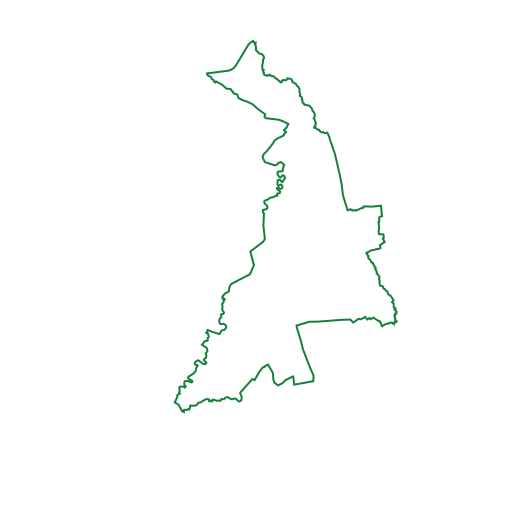 the district of Chaloem Phra Kiat, Nakhon Si Thammarat, Thailand, rotated 38°
{"feature_id": "78962969B27517873641345", "entity_name": "Chaloem Phra Kiat", "entity_type": "district", "adm_level": 2, "iso_a3": "THA", "parent_name": "Thailand", "parent_adm1": "Nakhon Si Thammarat", "projection": "albers", "projection_center": [100.025, 8.16], "detail": "fine", "context": "isolated", "style": "outline", "palette": "green", "viewbox_px": 512, "rotation_deg": 38, "n_neighbors": 0, "source": "geoboundaries", "source_scale": "gbopen_adm2", "svg_char_len": 6134}
<svg xmlns="http://www.w3.org/2000/svg" viewBox="0 0 512 512"><g transform="rotate(38 256 256)"><path d="M293.5,423.9L295.2,423.3L294.0,422.3L294.1,421.3L296.3,420.0L296.7,418.5L297.8,418.3L297.5,416.2L296.3,414.8L296.4,414.2L300.2,411.5L300.9,409.9L301.0,406.9L302.6,405.2L304.0,401.2L305.3,399.0L307.5,397.9L308.3,399.2L308.8,399.2L309.6,398.1L310.8,397.8L310.2,395.9L311.1,395.8L311.7,395.0L314.2,394.3L315.3,393.0L317.0,392.2L317.2,391.8L316.8,390.1L318.8,388.7L319.1,386.5L320.1,385.0L321.6,384.4L324.4,384.2L325.4,383.6L327.0,381.3L327.9,380.9L331.4,381.2L332.3,381.0L333.0,380.0L333.1,378.3L331.9,376.5L330.9,375.4L328.2,374.0L327.7,373.3L328.9,355.2L331.3,354.7L330.0,345.5L329.9,339.4L330.9,338.6L330.9,337.4L332.3,334.2L340.0,337.2L341.6,338.1L345.8,342.7L348.4,344.5L353.1,344.4L355.3,339.4L355.6,335.9L359.1,328.3L359.5,328.0L365.3,333.9L378.2,319.4L375.1,314.9L365.8,309.8L350.1,300.4L344.7,296.0L332.3,287.3L330.8,285.8L338.6,274.9L345.1,269.7L363.5,252.9L369.6,248.0L373.6,248.6L375.4,242.6L377.8,241.1L379.5,236.8L382.8,237.5L383.7,234.9L385.1,235.3L386.6,232.3L392.4,231.8L393.5,231.1L394.4,231.7L395.9,232.0L397.4,233.4L398.8,233.6L398.9,232.5L400.4,229.3L401.4,228.4L401.5,227.8L402.1,227.7L402.9,226.2L402.8,225.7L404.2,224.9L405.1,225.0L405.3,224.3L406.4,224.6L405.8,223.7L406.2,222.5L407.0,222.3L407.0,220.9L405.6,221.3L405.3,220.4L404.0,219.9L403.5,218.8L402.2,218.2L402.1,217.5L401.5,217.1L402.1,216.1L401.2,215.5L401.8,214.5L401.1,213.3L398.0,212.9L398.0,212.4L398.5,211.9L398.3,211.3L396.1,211.6L394.0,208.9L391.6,208.6L391.4,208.1L392.0,206.8L391.7,206.3L386.9,204.5L383.5,204.7L381.7,203.2L379.4,203.2L377.9,202.7L376.2,203.1L374.6,201.8L372.1,202.9L369.4,200.9L368.9,199.4L367.1,198.5L366.5,196.7L363.8,195.6L361.8,195.5L361.1,194.3L359.4,193.3L358.3,193.2L357.7,191.7L356.3,191.8L355.2,190.6L354.1,190.7L352.4,189.3L351.3,190.0L347.8,188.6L346.4,188.7L345.3,188.0L344.8,186.9L343.9,187.0L343.1,186.3L341.4,186.0L341.1,185.0L341.9,184.3L343.2,180.7L344.8,179.2L347.1,175.8L347.9,175.6L349.2,173.0L347.0,171.1L348.8,165.8L345.2,164.2L345.6,163.1L343.1,160.6L339.5,163.0L337.7,161.5L335.9,158.2L331.6,153.7L332.0,153.3L329.4,149.8L329.6,148.6L330.8,147.0L323.5,139.5L317.0,145.7L310.8,150.2L310.2,151.0L310.9,151.8L309.3,153.9L306.9,158.7L306.0,158.6L304.0,160.9L302.9,160.5L302.3,161.2L301.6,161.1L300.1,163.6L288.8,155.8L285.7,153.2L279.6,147.0L271.7,140.2L255.1,126.8L241.9,118.3L241.0,117.4L236.5,115.0L235.8,115.2L234.6,116.9L232.5,117.0L231.9,118.1L230.0,118.4L228.0,117.7L226.7,118.4L224.1,118.4L222.8,119.1L222.3,118.2L222.6,116.7L222.0,116.1L221.6,114.5L219.4,113.4L218.2,112.4L216.7,112.1L216.3,109.6L213.8,107.2L211.1,106.8L209.1,105.3L205.4,104.7L200.9,107.0L200.0,106.4L198.6,106.5L197.5,105.9L196.8,104.6L195.7,104.5L195.3,103.5L193.5,102.6L191.9,102.8L191.2,101.2L189.1,100.1L188.3,98.5L186.9,97.3L185.4,96.7L182.7,96.5L181.6,95.8L177.6,96.4L177.1,96.2L176.5,95.4L174.8,95.0L173.3,95.4L172.3,96.4L171.4,96.6L171.7,98.6L170.9,99.1L169.8,100.5L168.9,100.6L168.6,102.3L169.2,103.0L169.0,103.8L167.9,104.0L163.2,103.6L162.4,103.9L159.1,103.5L156.9,104.9L155.3,104.5L154.7,105.9L153.9,106.3L153.8,107.2L152.9,107.3L151.8,107.9L150.2,108.0L149.5,106.7L148.4,106.6L148.3,106.0L147.4,105.5L147.4,104.8L146.7,105.2L146.0,105.0L144.7,103.1L144.0,102.9L142.0,98.5L140.7,97.2L140.5,94.9L138.4,93.6L136.1,93.3L133.7,94.5L132.1,94.0L130.1,94.0L128.8,93.5L128.4,92.5L126.2,90.3L124.8,89.8L124.4,88.1L122.9,89.0L121.3,88.3L120.3,91.1L119.9,94.3L122.9,118.6L122.5,122.5L121.5,125.0L120.1,127.0L105.0,142.3L105.8,143.1L107.3,143.3L110.3,142.7L112.6,143.8L114.0,143.4L115.8,144.5L117.0,144.2L116.7,143.5L117.2,143.0L121.3,142.3L123.6,141.9L129.8,142.3L131.5,141.0L133.6,140.1L135.2,140.9L136.5,140.6L137.2,141.4L137.9,141.5L139.4,141.3L140.7,140.5L142.0,140.5L145.2,142.4L147.5,141.6L148.4,141.8L154.3,139.7L160.2,138.5L167.6,139.0L176.2,138.7L176.8,140.9L177.8,141.4L179.7,140.9L189.9,134.7L192.9,133.6L200.1,132.0L201.0,136.1L200.6,139.7L203.4,139.8L203.0,142.6L203.7,143.8L200.7,149.8L199.5,153.7L200.0,157.0L200.0,166.3L199.4,170.9L199.9,173.5L201.9,175.0L205.1,176.5L215.0,173.0L216.4,170.8L216.2,169.4L217.4,166.9L221.1,166.6L222.3,167.0L222.9,169.4L224.7,172.7L221.8,175.6L221.5,176.2L222.0,177.8L224.0,179.0L226.3,179.4L227.3,178.5L227.2,176.5L227.8,175.7L229.2,175.6L230.8,176.7L231.3,181.3L230.6,181.8L228.3,181.1L226.7,182.3L226.7,183.4L228.7,186.3L229.3,186.6L230.5,186.5L231.8,184.2L233.2,184.4L234.2,185.0L234.7,186.3L234.4,187.6L233.2,188.2L231.2,188.3L230.7,189.4L231.0,190.0L231.9,190.4L234.8,190.2L235.6,190.8L236.0,192.0L234.3,193.7L235.6,195.5L234.4,196.4L234.0,198.0L233.0,199.5L231.4,201.0L230.5,204.4L229.1,206.3L228.9,208.0L230.6,209.4L233.8,209.6L235.2,210.6L235.6,211.5L235.2,212.9L233.2,215.3L233.8,216.7L234.7,217.4L236.0,217.5L243.2,227.6L252.5,237.1L252.9,240.2L248.8,256.0L260.0,264.5L262.5,274.0L253.6,293.5L254.5,297.7L255.9,299.4L256.3,300.6L256.1,301.8L254.7,304.6L254.4,308.7L255.4,309.1L255.8,310.2L256.5,310.2L257.5,309.1L258.1,309.4L258.2,311.4L259.0,312.8L258.8,315.0L260.8,316.3L261.8,318.4L262.8,319.3L265.4,320.2L265.9,320.8L265.9,321.6L264.4,323.6L266.3,325.6L266.0,328.0L267.1,330.1L269.0,331.4L269.8,331.5L270.7,331.1L272.3,329.3L274.8,329.2L275.9,329.8L276.6,331.4L276.6,333.5L275.1,335.3L274.8,336.2L275.3,340.0L268.2,342.7L263.5,344.0L263.3,344.4L264.2,345.7L264.1,347.1L265.5,346.5L268.3,348.5L268.7,349.1L268.4,350.6L269.9,352.1L269.6,353.1L268.2,354.4L268.0,359.2L273.3,358.7L275.7,360.1L276.4,361.4L276.4,363.8L278.3,365.0L278.6,366.3L279.4,367.3L278.6,368.5L278.7,369.8L279.9,370.5L281.9,370.3L282.8,370.9L282.7,372.3L280.6,373.6L274.8,373.7L274.0,374.7L273.6,376.3L273.6,377.9L274.3,378.9L275.1,379.0L276.9,378.1L277.5,378.3L277.8,380.8L279.2,383.6L279.2,386.7L277.2,392.6L277.2,393.6L278.4,394.3L282.4,393.6L283.2,394.2L283.4,394.7L282.8,395.5L278.9,396.6L277.4,397.9L277.0,398.9L278.0,400.8L279.3,401.7L280.9,402.0L281.2,402.8L280.8,403.6L279.3,403.5L278.7,403.9L276.5,405.9L276.4,406.9L278.8,409.0L279.3,410.8L280.8,411.3L279.9,413.1L279.7,414.4L280.7,415.3L282.1,421.4L286.5,420.8L293.5,423.9Z" fill="none" stroke="#15803d" stroke-width="2"/></g></svg>